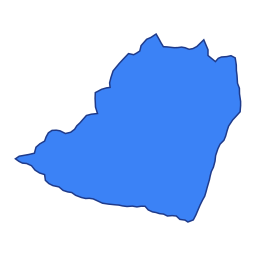 the district of Bastos, São Paulo, Brazil
{"feature_id": "56859067B35884113445684", "entity_name": "Bastos", "entity_type": "district", "adm_level": 2, "iso_a3": "BRA", "parent_name": "Brazil", "parent_adm1": "São Paulo", "projection": "natural_earth1", "projection_center": [-50.751, -21.947], "detail": "fine", "context": "isolated", "style": "filled", "palette": "blue", "viewbox_px": 256, "rotation_deg": 0, "n_neighbors": 0, "source": "geoboundaries", "source_scale": "gbopen_adm2", "svg_char_len": 1674}
<svg xmlns="http://www.w3.org/2000/svg" viewBox="0 0 256 256"><path d="M240.1,111.8L240.6,105.7L240.6,101.4L239.5,93.9L239.4,88.3L237.5,83.3L237.0,75.4L236.4,70.6L236.3,65.1L235.2,57.9L231.0,55.7L226.8,56.6L221.4,57.0L218.3,58.3L215.4,61.6L208.0,55.5L208.0,49.8L203.8,39.8L196.9,46.5L192.9,48.6L189.1,49.3L185.0,47.7L181.6,47.1L177.6,47.6L174.3,47.7L167.0,46.9L163.4,46.7L161.1,43.0L158.9,38.9L156.1,34.0L151.0,37.4L146.6,39.3L141.1,45.6L139.8,51.0L136.6,53.1L133.7,54.7L128.5,53.6L122.7,59.7L119.2,63.5L116.4,66.9L113.1,70.9L110.9,77.7L109.6,82.9L110.1,87.4L106.4,87.9L101.6,89.3L95.3,92.6L95.1,98.5L95.5,107.1L97.5,113.5L91.3,114.2L86.4,115.5L82.6,119.8L80.0,122.8L76.8,125.8L74.6,129.3L70.6,132.3L65.4,133.5L60.0,130.8L56.3,130.2L52.0,130.4L48.4,132.8L46.2,136.7L44.6,141.1L40.0,143.7L36.0,147.2L34.4,153.2L28.8,154.5L23.7,155.4L19.2,156.2L15.4,158.8L19.0,161.4L22.4,163.1L26.6,163.5L31.5,165.7L35.0,170.1L39.6,173.0L44.6,174.6L45.4,180.4L48.9,183.6L52.9,185.6L58.9,186.9L63.1,190.4L67.7,191.9L71.7,192.5L75.6,195.3L81.4,197.5L85.7,198.5L89.3,198.3L93.2,198.9L98.0,201.1L102.5,203.2L108.5,204.1L114.3,204.7L119.0,205.1L122.5,205.9L127.0,206.5L132.3,206.1L136.9,206.9L141.3,206.2L145.1,206.3L148.2,209.9L152.5,211.9L156.0,212.5L159.4,213.6L163.6,214.1L167.4,216.0L172.1,215.6L176.3,216.0L179.9,219.4L185.0,220.1L187.9,222.0L193.3,219.9L195.9,214.9L198.0,209.9L200.0,205.2L202.4,200.3L204.7,196.2L206.0,191.9L207.1,187.7L208.3,183.6L209.4,179.8L210.2,175.9L211.3,171.6L213.4,167.2L215.0,161.2L215.6,155.6L217.9,148.7L220.1,144.1L223.9,140.3L225.6,136.2L227.2,130.4L228.6,126.1L232.6,120.0L236.6,115.7L240.1,111.8Z" fill="#3b82f6" stroke="#1e3a8a" stroke-width="1.5"/></svg>